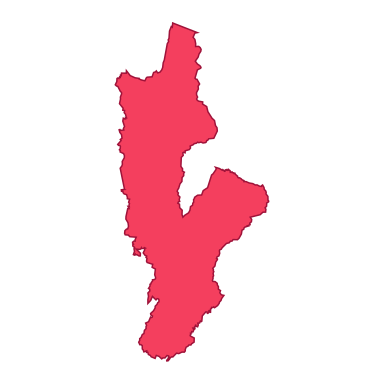 outline of Hueytamalco, Puebla, Mexico
{"feature_id": "50627088B70242427867447", "entity_name": "Hueytamalco", "entity_type": "district", "adm_level": 2, "iso_a3": "MEX", "parent_name": "Mexico", "parent_adm1": "Puebla", "projection": "natural_earth1", "projection_center": [-97.308, 20.034], "detail": "fine", "context": "isolated", "style": "filled", "palette": "rose", "viewbox_px": 384, "rotation_deg": 0, "n_neighbors": 0, "source": "geoboundaries", "source_scale": "gbopen_adm2", "svg_char_len": 6057}
<svg xmlns="http://www.w3.org/2000/svg" viewBox="0 0 384 384"><path d="M197.3,32.6L172.7,23.0L172.3,27.2L171.3,26.5L169.5,31.0L169.0,38.4L168.2,39.8L168.6,41.6L167.3,43.6L164.3,60.0L163.2,62.8L162.7,67.4L161.7,70.0L159.9,72.2L157.7,72.9L156.3,70.9L155.6,71.8L153.6,72.5L152.1,76.8L147.1,77.2L146.3,77.9L144.9,80.8L141.2,79.9L139.0,78.9L139.1,78.4L135.1,77.8L130.2,75.6L126.4,70.7L126.3,73.2L121.5,73.1L121.2,75.5L120.5,75.2L120.3,77.3L119.6,76.9L118.9,78.5L117.8,78.0L117.0,78.5L116.8,81.6L115.3,84.8L116.5,86.0L117.8,86.4L120.3,91.3L121.5,92.5L121.6,93.9L120.4,97.0L120.5,99.1L119.5,103.7L123.1,108.2L122.8,110.2L124.6,110.5L124.2,112.7L125.4,114.1L126.5,117.8L125.5,117.6L125.7,118.8L124.9,119.0L123.3,118.2L122.8,121.1L124.5,126.5L123.4,128.5L123.8,130.0L120.7,130.4L119.9,129.5L119.1,129.8L119.9,132.5L121.5,134.6L122.0,138.2L120.3,139.5L121.1,140.6L117.7,144.4L118.5,145.4L119.9,145.5L120.4,146.4L120.2,148.7L119.4,149.8L120.3,150.6L120.1,151.9L123.6,153.6L124.4,155.6L124.3,157.8L122.2,161.5L122.4,164.3L121.9,165.9L120.2,168.2L124.5,189.3L123.6,189.1L124.2,189.4L121.3,189.8L121.5,191.3L122.8,191.2L123.1,192.7L124.1,193.9L126.6,194.7L127.4,197.4L127.3,198.7L129.6,199.2L128.6,202.3L129.5,203.6L129.0,205.1L129.3,206.6L128.0,206.4L129.1,208.6L127.7,208.7L126.0,216.5L125.9,219.1L128.0,222.7L128.5,226.3L127.7,228.9L126.5,229.1L124.9,230.7L124.6,233.4L125.2,234.8L128.3,235.1L129.8,236.7L136.2,237.2L135.1,239.7L135.1,241.1L134.1,241.0L132.6,242.2L132.6,243.1L133.5,244.2L132.7,244.8L133.0,246.3L134.6,247.4L134.0,248.8L134.5,251.4L133.4,254.6L134.4,255.1L135.2,254.3L135.3,254.9L137.0,254.7L139.1,256.0L140.3,255.9L140.4,253.2L136.2,249.1L139.5,249.4L140.8,249.0L141.3,248.0L141.4,248.4L143.2,248.5L143.9,248.4L144.3,247.6L145.3,248.1L144.6,248.4L144.7,249.9L143.2,252.9L145.0,255.3L146.7,256.1L146.0,257.4L147.0,258.3L146.5,261.1L147.1,262.5L152.7,264.3L152.1,267.3L155.4,269.0L154.7,274.8L155.6,277.4L155.5,278.7L154.5,279.5L152.5,279.8L152.6,280.9L151.3,282.5L150.7,284.1L150.0,284.3L150.0,286.1L148.5,288.5L149.7,289.2L149.8,291.0L147.9,293.0L148.5,296.2L147.9,299.5L147.9,303.4L150.7,300.4L152.4,296.4L156.0,299.9L157.0,298.7L157.9,298.7L158.8,299.3L159.0,300.6L158.9,301.8L157.7,302.7L157.0,304.4L155.2,306.2L155.1,308.0L153.5,310.8L150.6,313.5L150.8,314.8L152.5,316.0L152.1,317.3L150.9,317.7L150.5,317.2L148.6,321.7L145.6,323.1L146.6,325.4L146.0,326.7L146.1,328.6L144.4,330.4L143.9,333.6L142.3,334.5L141.1,337.5L139.7,338.6L139.7,340.4L138.7,342.2L139.8,344.7L141.1,344.7L142.2,345.6L142.3,349.0L143.1,349.8L143.9,351.9L146.7,350.9L146.6,352.4L147.8,352.3L148.4,354.5L150.3,355.4L151.2,356.8L155.1,358.4L156.3,355.4L159.1,356.4L161.7,358.9L163.0,357.9L165.0,357.9L167.0,355.5L168.4,355.8L168.9,356.2L168.4,357.0L169.0,357.4L166.7,360.3L166.9,361.0L168.4,360.6L168.6,359.8L169.2,359.6L170.4,357.6L172.0,356.7L172.8,357.0L176.5,353.2L178.8,353.6L181.9,352.1L184.4,352.1L185.3,350.9L185.2,349.8L186.1,347.2L188.1,346.1L188.9,345.0L190.9,345.0L191.6,343.8L194.1,342.1L194.2,338.0L190.4,336.0L190.1,335.2L190.9,334.2L190.5,333.2L191.7,332.9L191.7,331.6L193.0,331.8L193.8,329.9L193.0,328.2L193.7,328.3L194.1,329.4L194.8,329.0L195.0,328.1L194.4,327.2L195.2,326.4L195.7,324.5L195.9,326.2L197.6,326.8L198.3,325.0L197.8,323.2L199.6,323.0L200.4,321.1L201.3,321.6L201.8,321.2L202.3,315.9L205.8,311.9L207.1,312.0L207.2,313.1L207.8,313.4L208.9,312.3L208.8,310.9L209.2,310.5L209.7,310.7L210.5,312.9L210.6,308.9L211.4,308.5L211.6,307.4L212.9,307.5L213.7,306.9L214.6,307.7L217.6,305.6L219.2,303.3L219.5,302.0L221.0,300.5L221.6,298.6L223.9,295.4L221.3,294.8L219.8,292.7L220.5,290.6L218.4,289.2L218.4,286.5L217.4,285.1L217.2,283.3L215.1,281.6L212.8,281.4L212.4,280.6L213.1,278.1L212.9,276.9L213.6,275.8L213.1,273.4L213.8,271.5L213.3,270.9L213.4,269.5L212.8,268.3L214.9,266.1L215.7,262.1L217.4,259.6L217.4,258.9L216.5,258.5L217.1,256.8L218.9,255.9L219.7,253.4L219.4,250.8L219.7,249.9L221.3,249.2L222.1,247.8L226.5,243.4L229.2,242.8L230.4,241.2L232.0,241.1L233.1,239.6L237.5,239.7L239.0,238.3L241.4,234.0L242.0,230.2L243.7,229.3L244.0,228.0L244.9,227.1L248.1,226.1L247.5,225.8L250.1,224.7L249.7,223.2L251.4,221.8L251.7,219.5L250.2,217.2L260.2,214.7L262.9,212.2L265.6,212.1L265.9,209.3L265.1,207.8L266.6,206.2L266.7,203.0L268.5,201.9L268.7,201.1L268.0,200.2L267.9,196.4L266.0,193.9L266.2,192.3L265.6,190.7L264.3,189.5L264.0,187.5L262.6,185.0L261.7,185.6L261.5,186.4L259.6,186.2L257.1,184.9L255.3,185.0L252.8,183.6L249.3,183.0L246.0,181.6L243.9,181.6L244.0,180.6L242.1,179.8L241.2,178.8L239.6,177.8L238.3,177.8L237.5,176.7L237.6,176.2L235.4,174.3L234.8,173.1L234.0,173.5L233.5,172.8L232.1,172.6L232.0,171.9L230.3,172.3L230.1,170.7L229.1,170.0L228.2,170.2L228.6,168.8L227.3,170.1L226.6,170.2L226.3,169.6L225.2,170.0L225.0,171.2L224.5,171.3L222.8,169.6L222.3,170.2L219.4,168.5L215.5,167.3L216.2,168.4L216.0,169.5L213.0,173.9L211.6,175.0L207.6,187.7L203.2,190.6L201.6,195.0L197.6,195.2L194.6,197.3L194.4,198.5L193.6,199.5L193.6,202.4L192.8,203.1L192.5,205.3L190.5,206.6L189.9,210.4L188.5,212.9L184.7,215.3L182.9,217.2L182.0,214.5L182.2,210.2L179.7,207.7L179.5,204.2L177.8,203.2L178.4,201.9L179.7,201.5L179.2,199.7L179.9,197.0L178.3,195.4L177.9,194.4L178.4,193.0L177.2,191.5L177.6,189.8L178.6,188.4L180.0,183.8L181.9,181.5L182.1,177.5L183.7,175.7L183.7,173.4L184.4,172.2L182.4,171.0L182.6,168.8L180.9,166.4L181.3,157.4L183.2,155.4L182.8,152.9L183.5,152.3L185.1,152.8L185.2,150.8L189.3,149.6L190.5,148.0L190.1,146.1L193.4,144.6L194.2,143.6L196.2,143.3L197.7,142.2L198.8,142.7L201.0,142.1L203.0,143.0L205.5,142.6L206.1,142.2L206.8,140.5L207.7,140.3L208.7,138.8L213.8,138.3L217.3,131.0L217.0,127.7L215.5,125.6L214.5,120.5L212.0,118.2L207.9,111.7L206.7,106.6L202.6,104.1L202.7,101.9L198.4,101.1L196.8,99.7L196.6,98.9L197.6,97.1L196.6,95.0L196.5,92.7L198.4,89.0L198.1,86.2L199.6,84.0L197.0,79.3L195.9,79.2L195.0,78.2L197.4,69.9L200.7,68.2L201.0,67.3L199.9,65.7L197.4,64.0L195.3,61.2L198.2,57.0L199.0,54.1L200.8,51.3L201.1,49.4L200.2,47.6L198.7,46.4L195.6,46.5L195.7,43.7L194.9,39.5L193.1,37.3L194.9,33.1L197.3,32.6Z" fill="#f43f5e" stroke="#9f1239" stroke-width="1.5"/></svg>